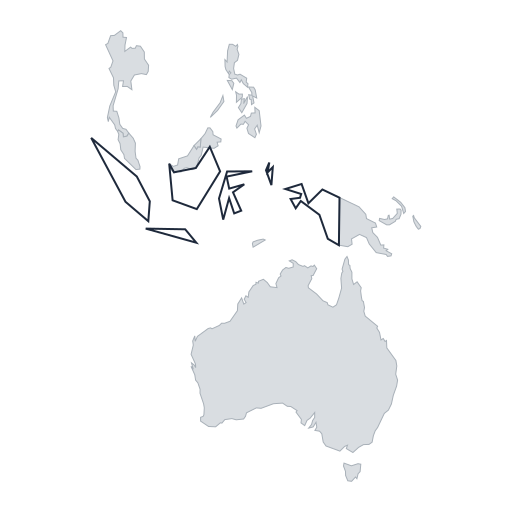 Indonesia and the surrounding countries
{"feature_id": "IDN", "entity_name": "Indonesia", "entity_type": "country or territory", "adm_level": 0, "iso_a3": "IDN", "parent_name": "Asia", "parent_adm1": "", "projection": "equal_earth", "projection_center": [119.503, -2.501], "detail": "coarse", "context": "with_neighbors", "style": "outline", "palette": "slate", "viewbox_px": 512, "rotation_deg": 0, "n_neighbors": 7, "source": "natural_earth", "source_scale": "50m", "svg_char_len": 6660}
<svg xmlns="http://www.w3.org/2000/svg" viewBox="0 0 512 512"><path d="M339.7,197.6L359.1,206.9L365.8,214.3L366.5,218.6L375.5,223.1L376.7,227.0L371.7,227.8L372.8,232.6L377.5,237.4L380.8,245.1L383.9,244.9L383.6,248.1L387.8,249.3L386.1,250.7L391.7,253.8L391.0,255.9L387.5,256.4L386.2,254.5L376.2,252.6L369.2,243.9L366.5,237.6L359.5,234.4L351.5,238.9L352.1,244.2L347.8,246.7L339.2,245.2L339.7,197.6ZM400.7,202.3L404.9,207.7L405.5,211.5L403.7,213.5L401.6,206.3L396.1,200.8L392.2,198.7L393.7,196.9L400.7,202.3ZM395.3,221.3L389.5,224.8L386.6,224.8L379.2,220.6L379.6,218.4L384.5,219.5L387.5,218.9L388.3,215.4L389.1,215.2L389.6,219.1L392.7,218.5L397.3,213.4L396.8,209.1L400.1,209.0L401.1,210.2L401.0,214.2L399.1,218.7L396.2,219.3L395.3,221.3ZM414.2,217.7L420.8,226.4L420.0,228.5L418.4,229.2L416.2,226.4L413.9,221.8L412.8,216.2L413.6,215.5L414.2,217.7Z" fill="#d9dde1" stroke="#a8b0b8" stroke-width="1"/><path d="M252.4,243.6L253.1,241.9L257.7,240.2L263.2,239.1L265.2,240.0L253.1,247.2L252.4,243.6Z" fill="#d9dde1" stroke="#a8b0b8" stroke-width="1"/><path d="M146.4,74.6L141.4,73.6L134.4,75.0L130.8,81.0L131.9,89.7L127.2,86.4L122.6,86.5L123.5,80.8L118.8,80.9L118.1,88.8L113.1,105.8L113.3,111.1L116.8,111.3L118.9,117.9L119.8,124.3L122.7,128.4L126.0,129.3L128.8,133.1L127.0,136.1L123.4,136.9L123.0,133.2L118.6,130.0L117.6,131.3L115.5,128.5L114.7,124.9L109.3,117.3L108.3,121.6L107.4,117.5L109.8,106.0L115.7,91.8L113.8,85.2L113.5,77.8L109.0,68.5L110.8,67.2L113.0,60.9L105.6,44.7L107.9,43.4L110.6,35.7L114.4,35.4L120.7,30.7L122.9,32.9L123.0,37.2L126.5,37.5L125.0,45.0L124.8,51.4L130.6,47.1L132.1,48.4L135.3,48.2L136.4,45.7L140.4,46.2L144.3,52.0L144.4,59.0L148.6,65.3L148.2,71.4L146.4,74.6Z" fill="#d9dde1" stroke="#a8b0b8" stroke-width="1"/><path d="M358.0,463.7L360.8,464.2L360.1,471.6L358.1,473.7L356.9,478.7L355.5,477.0L351.6,481.3L347.8,480.8L345.6,475.5L345.5,471.4L343.5,466.0L344.0,463.1L351.4,465.8L358.0,463.7ZM256.3,407.9L246.5,412.8L245.5,416.3L243.6,419.0L236.2,419.8L231.9,418.6L224.8,419.6L221.9,423.1L220.4,422.8L215.6,426.8L208.6,426.5L200.6,421.1L200.6,417.3L203.1,416.4L203.9,414.8L204.3,407.8L203.6,403.8L200.0,393.2L200.1,389.3L197.9,382.9L195.6,380.1L194.8,374.8L191.0,366.3L193.3,369.3L191.5,362.9L194.1,364.9L195.7,367.6L195.5,364.1L191.1,354.3L193.3,345.1L192.7,341.0L194.8,335.9L195.2,341.3L197.4,336.4L208.2,328.5L210.6,327.9L212.0,328.8L219.4,325.4L221.6,323.2L224.5,323.3L230.0,321.3L237.4,310.7L237.8,304.0L241.6,297.9L243.8,304.1L246.1,302.6L244.2,299.2L245.9,295.8L248.2,297.3L248.9,291.9L253.2,285.5L255.9,284.3L256.0,282.3L258.3,283.1L258.5,281.3L263.4,279.3L267.3,282.6L270.3,286.8L277.0,287.6L275.9,283.6L278.6,277.8L281.0,276.0L280.2,274.1L282.6,270.0L285.9,267.5L288.7,268.3L293.2,267.0L293.2,263.3L289.3,260.9L292.1,259.8L295.7,261.6L298.5,264.6L303.0,266.4L304.5,265.7L307.8,267.9L311.0,265.9L313.0,266.5L314.3,265.1L316.7,268.7L313.1,275.5L311.2,275.7L311.8,278.6L308.1,285.7L308.4,287.8L316.6,294.0L323.0,300.8L327.2,302.6L327.9,304.8L332.9,307.2L336.5,304.8L338.9,297.8L341.6,288.1L340.9,278.4L341.8,273.0L342.9,271.5L342.1,269.1L344.9,259.2L347.0,256.5L348.4,260.0L348.6,264.6L349.9,265.5L350.1,268.5L351.9,272.2L351.9,278.9L353.6,284.5L357.1,281.8L361.2,287.7L360.6,290.9L361.4,297.0L362.1,300.6L363.4,301.5L364.5,307.6L363.8,311.3L365.2,316.1L377.6,326.3L376.8,328.0L379.5,332.4L381.0,340.0L383.2,338.5L385.1,341.5L386.5,340.5L386.8,347.9L395.9,360.5L396.8,366.0L395.7,374.2L397.6,380.1L396.6,386.1L393.3,395.3L391.4,404.0L388.4,410.1L384.3,413.4L377.6,427.5L375.2,430.8L373.4,435.6L372.1,442.2L369.0,444.4L363.5,444.6L358.7,447.3L352.9,452.5L346.3,448.6L347.5,445.2L344.7,446.4L339.9,451.1L326.0,446.0L323.2,442.0L321.8,433.8L319.6,431.2L314.9,430.4L316.8,427.2L316.0,422.3L313.2,426.9L308.7,428.1L311.6,424.4L312.6,420.6L314.7,417.4L314.7,412.5L310.2,418.1L307.0,420.4L304.7,425.6L301.0,422.9L301.4,419.4L296.0,412.1L297.1,410.6L290.8,406.5L287.3,406.3L282.6,403.1L273.5,403.7L261.1,408.3L256.3,407.9Z" fill="#d9dde1" stroke="#a8b0b8" stroke-width="1"/><path d="M232.3,89.6L227.3,80.4L231.9,80.7L233.8,83.3L232.3,89.6ZM238.4,107.6L240.9,103.6L241.4,99.1L244.4,98.7L243.6,103.6L247.5,96.6L247.0,103.5L241.8,112.7L238.4,107.6ZM259.2,110.7L261.0,126.0L259.2,132.7L257.2,125.2L254.6,128.9L256.4,134.3L254.9,137.7L248.5,133.5L246.9,128.2L248.6,124.8L245.1,121.3L243.4,124.3L240.9,124.1L236.9,128.1L236.0,126.0L238.1,119.8L244.4,115.1L246.4,118.3L250.5,116.4L251.3,113.1L255.1,112.9L254.8,107.3L259.2,110.7ZM217.5,110.5L210.3,117.4L213.0,112.3L220.1,102.8L222.9,95.6L223.9,101.5L217.5,110.5ZM237.9,46.3L237.1,49.3L238.9,54.4L237.5,60.3L234.4,62.7L233.6,68.5L234.8,74.2L237.6,75.0L240.0,74.2L246.7,78.2L246.2,82.1L248.0,83.8L247.5,87.2L243.3,83.6L241.3,79.8L239.9,82.5L236.5,78.1L231.6,79.2L228.9,77.6L229.2,74.6L230.9,72.8L229.3,71.1L228.6,73.7L225.9,69.6L225.1,66.5L224.9,59.6L227.1,62.0L227.6,50.8L229.3,44.3L232.5,44.3L235.8,46.3L237.4,44.5L237.9,46.3ZM236.5,95.3L235.7,91.8L238.9,94.1L242.4,94.1L242.3,97.1L236.4,102.3L236.5,95.3ZM255.2,89.9L256.7,98.0L252.6,96.0L254.0,102.9L251.5,104.6L251.2,99.5L249.6,99.1L248.7,94.7L251.9,95.3L251.8,92.5L248.5,87.0L253.6,87.2L255.2,89.9Z" fill="#d9dde1" stroke="#a8b0b8" stroke-width="1"/><path d="M117.6,131.3L118.6,130.0L123.0,133.2L123.4,136.9L127.0,136.1L128.8,133.1L133.2,138.2L135.4,143.1L135.1,151.3L136.0,158.2L137.9,160.2L140.0,166.6L139.9,169.1L136.0,169.6L124.5,158.4L123.9,154.6L120.8,149.8L120.1,143.7L118.1,139.7L118.8,134.4L117.6,131.3ZM214.1,148.3L203.1,147.1L201.2,155.4L199.1,157.9L196.4,168.1L191.9,169.7L186.8,167.6L184.2,168.3L181.0,172.0L177.5,171.4L174.0,172.9L170.3,168.8L169.4,163.9L173.4,166.4L177.6,165.0L178.7,158.8L187.5,155.9L194.1,145.5L196.6,149.3L197.7,146.8L200.3,147.0L200.9,138.7L205.1,133.6L207.8,127.9L210.0,127.9L212.8,131.6L213.1,134.8L221.1,139.0L220.8,141.9L217.1,142.2L218.1,145.8L214.1,148.3Z" fill="#d9dde1" stroke="#a8b0b8" stroke-width="1"/><path d="M200.9,138.7L200.3,147.0L197.7,146.8L196.6,149.3L194.1,145.5L200.9,138.7Z" fill="#d9dde1" stroke="#a8b0b8" stroke-width="1"/><path d="M169.2,163.7L174.0,172.3L195.8,168.0L209.8,146.8L220.1,171.4L196.8,209.1L172.6,200.3L169.2,163.7ZM91.2,137.9L136.8,176.5L149.8,201.3L148.3,221.2L125.5,201.8L91.2,137.9ZM339.5,197.7L338.9,245.2L327.8,238.8L319.4,214.8L300.8,201.0L295.7,208.3L290.6,199.0L300.0,197.8L301.2,194.0L285.4,189.0L301.6,184.0L308.4,203.3L322.4,189.5L339.5,197.7ZM252.2,171.3L226.6,176.6L229.2,188.6L244.3,184.3L233.0,192.3L241.2,210.7L234.2,213.4L229.1,198.1L223.2,219.6L219.0,198.5L227.1,171.5L252.2,171.3ZM145.7,228.6L185.2,229.3L196.3,242.7L145.7,228.6ZM267.6,172.4L272.8,167.1L271.4,185.1L266.0,170.2L269.3,162.5L267.6,172.4Z" fill="none" stroke="#1e293b" stroke-width="2"/></svg>